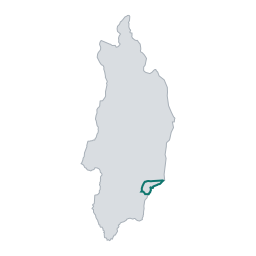 Altai, Govi-Altay, Mongolia shown in context, rotated 270°
{"feature_id": "93677404B43539602383293", "entity_name": "Altai", "entity_type": "district", "adm_level": 2, "iso_a3": "MNG", "parent_name": "Mongolia", "parent_adm1": "Govi-Altay", "projection": "natural_earth1", "projection_center": [95.421, 44.108], "detail": "fine", "context": "in_parent", "style": "outline", "palette": "teal", "viewbox_px": 256, "rotation_deg": 270, "n_neighbors": 0, "source": "geoboundaries", "source_scale": "gbopen_adm2", "svg_char_len": 4956}
<svg xmlns="http://www.w3.org/2000/svg" viewBox="0 0 256 256"><g transform="rotate(270 128 128)"><path d="M15.9,107.0L16.8,107.0L18.1,106.2L18.2,105.1L18.6,104.5L21.7,104.2L23.1,104.5L23.3,103.8L23.6,103.7L24.3,104.3L25.0,104.1L25.5,103.8L26.0,102.9L27.0,103.1L28.8,102.1L28.8,100.5L29.5,100.1L31.1,99.8L31.3,99.0L31.7,98.8L32.8,98.6L34.9,97.8L35.8,97.7L36.6,97.0L38.4,96.0L41.1,95.5L41.3,95.1L43.8,93.5L46.5,93.5L47.2,92.2L47.6,92.0L49.5,93.6L50.2,93.4L50.5,92.8L51.6,92.8L52.1,93.9L52.7,94.3L60.6,94.8L60.9,95.1L61.3,97.7L62.8,98.9L63.1,99.4L65.3,99.3L66.5,100.2L68.4,100.2L69.4,100.4L71.2,99.5L71.6,99.5L72.2,100.0L73.1,99.7L74.8,100.5L76.2,100.4L76.8,100.7L77.6,100.4L79.5,100.7L81.0,102.0L82.1,101.9L83.3,101.0L83.6,100.4L85.5,100.1L86.5,99.5L87.2,99.0L88.1,97.0L88.3,95.0L87.4,94.6L86.6,94.0L86.1,92.9L86.0,92.1L85.2,91.0L85.2,90.4L85.7,89.4L85.9,87.8L86.6,86.9L87.8,86.4L87.9,85.8L88.7,84.6L90.6,83.8L91.7,82.5L92.3,81.1L93.3,81.8L95.8,82.8L98.0,83.2L99.4,84.2L103.1,84.5L109.4,86.9L110.7,86.8L114.4,87.8L114.8,88.1L114.8,89.9L115.1,90.4L115.3,92.4L116.0,93.3L115.9,94.5L116.2,94.9L117.1,95.0L118.6,96.2L122.0,97.1L123.0,97.9L125.3,98.4L126.4,98.1L128.3,98.3L129.0,98.2L130.2,97.2L130.9,97.0L135.2,96.2L136.4,95.6L137.2,95.5L140.6,96.1L143.0,97.0L146.4,96.9L148.0,97.9L148.8,98.9L150.1,99.7L154.9,100.1L155.1,100.3L155.2,102.4L155.4,102.7L158.6,105.0L160.0,105.6L164.3,105.5L171.1,107.0L172.7,106.5L174.1,107.3L174.7,107.2L178.9,105.3L179.5,105.5L184.0,104.7L186.8,103.8L188.9,103.9L190.6,103.0L191.2,101.4L193.9,99.6L198.7,97.2L201.8,97.6L203.6,98.4L205.6,100.1L206.8,100.6L208.8,100.7L211.5,99.6L213.1,99.8L214.5,100.4L215.5,101.2L211.8,109.9L211.8,110.4L210.5,112.2L210.6,115.2L208.8,116.2L209.2,117.8L209.7,118.5L211.8,120.1L212.4,119.9L213.0,119.2L214.0,118.6L216.0,118.8L217.7,118.5L219.9,119.1L222.0,120.5L224.6,117.5L227.2,117.1L229.7,117.5L231.7,119.5L234.1,120.4L234.8,121.6L235.7,122.1L236.0,122.6L239.0,124.9L239.7,126.5L240.5,127.5L240.6,128.7L240.5,129.2L239.4,129.8L235.6,129.5L233.2,128.4L232.4,129.0L229.5,128.8L227.9,129.2L226.8,129.7L226.2,130.4L225.7,130.6L225.2,130.5L224.3,129.9L223.5,130.0L223.3,130.1L222.9,132.0L220.4,132.0L219.6,131.7L217.6,132.6L217.3,133.3L216.3,134.3L215.4,136.2L215.7,137.0L215.4,137.5L213.7,138.6L212.0,140.1L208.4,140.7L206.7,140.8L205.4,140.4L204.1,140.7L203.2,142.4L201.0,144.4L197.6,146.5L191.3,145.2L190.5,144.9L189.1,143.7L185.5,143.6L184.5,144.5L183.6,145.7L182.4,149.9L183.9,152.2L185.7,153.8L186.4,154.8L186.5,155.8L185.4,156.2L183.9,157.7L180.1,159.1L176.1,164.2L168.6,167.3L163.9,167.5L160.2,167.2L150.2,168.6L143.8,171.3L139.1,173.6L138.1,174.7L137.6,174.9L136.7,174.5L134.1,174.3L134.0,172.4L128.4,173.5L123.7,171.2L117.1,169.8L115.8,169.3L113.5,166.7L112.3,166.4L109.4,166.3L101.4,165.1L97.7,166.1L81.5,164.1L75.6,164.7L75.3,164.5L75.0,162.8L72.2,160.3L71.8,159.7L71.7,158.7L69.4,153.6L68.0,152.8L68.2,150.7L66.0,150.8L63.6,150.0L61.2,148.5L60.0,147.4L58.3,147.1L56.1,145.1L55.2,144.7L50.0,143.9L47.4,144.1L44.6,143.6L41.5,143.5L40.5,143.1L39.5,143.1L37.7,142.2L36.5,142.4L35.0,139.5L35.4,137.6L36.0,136.5L37.5,134.9L37.5,134.3L36.9,132.8L37.8,130.1L37.5,128.5L36.7,126.7L35.7,126.2L34.2,123.7L33.7,121.8L33.1,120.4L31.5,119.6L31.0,118.4L30.5,118.4L30.2,118.7L29.3,118.9L28.3,118.2L27.8,117.3L27.2,117.1L26.2,117.1L25.2,117.5L24.2,117.3L23.3,116.6L21.0,115.4L20.9,114.5L20.6,113.9L19.9,113.8L19.2,113.2L16.9,112.4L16.9,112.0L17.5,111.1L15.9,110.3L15.4,109.5L16.3,108.5L15.9,107.8L15.9,107.0Z" fill="#d9dde1" stroke="#a8b0b8" stroke-width="1"/><path d="M65.3,141.9L64.4,141.3L64.3,143.4L62.7,144.7L61.9,145.1L61.9,148.6L62.0,148.6L62.1,148.8L62.3,148.9L62.5,149.0L62.8,149.1L63.0,149.3L63.2,149.5L63.3,149.6L63.4,149.8L63.5,149.8L63.6,150.1L63.8,150.1L64.0,150.1L64.3,150.3L64.5,150.3L64.8,150.4L64.9,150.5L65.0,150.5L65.3,150.6L65.5,150.8L65.8,150.9L66.0,150.8L66.3,150.8L66.5,150.8L66.8,150.8L67.0,150.7L67.5,150.7L67.9,150.6L68.3,150.6L68.5,150.5L68.7,150.8L68.6,151.0L68.4,151.1L68.3,151.3L68.2,151.5L68.2,151.9L68.2,152.1L68.1,152.3L68.1,152.5L68.0,152.8L68.2,153.0L68.3,153.0L68.6,153.1L68.8,153.1L69.0,153.1L69.4,153.1L69.6,153.5L69.8,153.8L69.8,154.0L70.0,154.3L70.1,154.5L70.2,154.8L70.3,155.2L70.3,155.3L70.4,155.5L70.5,155.6L70.6,155.9L70.6,156.0L70.7,156.3L70.8,156.6L70.9,156.8L71.0,156.9L71.1,157.1L71.1,157.3L71.3,157.5L71.5,157.9L71.6,158.0L71.8,158.5L71.8,158.8L71.8,159.0L71.9,159.4L71.9,159.5L72.1,160.0L72.5,160.4L72.7,160.6L72.8,160.7L73.1,160.9L73.3,161.2L73.6,161.4L73.7,161.5L74.0,161.8L74.5,162.2L74.7,162.4L74.8,162.6L75.0,162.7L75.1,162.9L75.4,163.1L75.6,162.4L75.4,160.6L75.3,159.0L75.0,153.8L74.9,152.3L74.7,150.9L74.8,150.1L75.0,148.6L74.9,147.3L74.8,146.9L74.7,146.8L74.6,146.6L74.5,146.3L74.5,146.2L74.4,146.1L74.3,145.9L74.3,145.6L74.3,145.4L74.3,145.2L74.2,145.1L74.2,144.9L74.0,144.7L73.9,144.6L73.7,144.5L73.6,144.4L72.8,143.9L72.3,143.6L71.0,143.0L70.3,142.6L67.7,141.8L66.9,141.8L65.3,141.9Z" fill="none" stroke="#0f766e" stroke-width="2"/></g></svg>